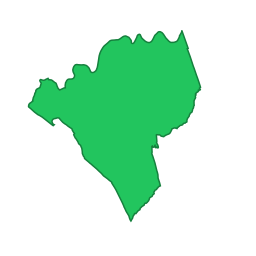 outline of Lacusteni, Vâlcea, Romania, rotated 249°
{"feature_id": "2599482B8847847737494", "entity_name": "Lacusteni", "entity_type": "district", "adm_level": 2, "iso_a3": "ROU", "parent_name": "Romania", "parent_adm1": "Vâlcea", "projection": "robinson", "projection_center": [23.871, 44.712], "detail": "fine", "context": "isolated", "style": "filled", "palette": "green", "viewbox_px": 256, "rotation_deg": 249, "n_neighbors": 0, "source": "geoboundaries", "source_scale": "gbopen_adm2", "svg_char_len": 5808}
<svg xmlns="http://www.w3.org/2000/svg" viewBox="0 0 256 256"><g transform="rotate(249 128 128)"><path d="M215.0,155.8L213.9,151.6L213.9,151.1L214.0,150.7L213.9,150.5L214.0,150.1L214.3,149.3L215.1,146.4L215.7,144.5L215.9,143.5L215.8,142.2L215.2,140.8L214.5,139.1L213.3,135.6L212.8,134.5L212.0,133.3L210.7,131.6L209.7,130.4L208.4,129.1L207.1,128.0L205.6,126.9L201.2,124.4L196.6,121.7L195.4,120.9L193.5,119.2L193.1,118.7L192.5,117.3L192.3,116.3L192.3,115.6L192.4,115.0L192.6,114.5L192.9,114.0L193.3,113.6L194.2,113.3L196.7,113.2L198.0,113.1L199.0,112.7L200.0,112.3L200.7,111.9L201.4,111.4L202.1,110.5L202.9,109.3L203.6,107.0L205.0,104.0L205.5,103.2L205.7,102.6L205.8,101.6L205.7,101.0L205.3,100.3L204.7,99.4L203.9,98.6L202.4,97.5L201.6,97.2L200.0,96.9L196.9,97.1L196.0,96.9L194.8,96.1L194.3,95.5L193.9,94.6L193.8,93.7L194.0,92.7L194.8,90.4L194.9,89.6L194.8,89.0L194.5,88.3L194.0,87.5L193.2,86.7L192.7,86.0L190.5,84.7L189.1,84.2L188.0,83.9L188.3,82.6L188.2,81.3L188.0,78.5L188.1,77.7L189.2,77.3L190.1,76.9L191.4,76.9L192.0,76.8L194.8,76.9L195.6,76.8L195.9,76.7L196.9,75.8L198.3,75.1L198.6,74.7L199.1,74.6L200.2,73.8L201.3,71.8L201.4,71.4L202.3,71.3L202.5,71.1L203.0,71.1L202.8,68.2L202.7,68.0L202.6,67.3L202.8,66.3L203.1,65.7L203.5,65.1L204.5,63.9L204.5,63.4L204.0,62.8L203.7,62.6L202.3,62.7L201.4,63.0L200.6,62.8L197.6,60.5L197.3,60.2L197.2,59.3L197.2,58.7L196.9,56.7L196.6,56.1L196.0,55.4L194.8,54.8L194.5,54.3L193.4,53.2L192.4,52.6L191.4,51.7L190.3,50.5L188.3,49.2L188.1,48.9L187.3,48.9L186.6,46.7L186.2,44.9L185.6,44.1L184.9,43.4L184.5,43.4L183.9,42.9L183.3,42.8L180.8,44.2L176.4,46.4L172.8,48.6L171.3,50.0L168.8,51.9L157.7,58.5L157.0,59.0L157.5,60.3L158.1,59.7L158.4,59.5L159.5,59.3L160.7,59.3L161.4,59.4L161.8,59.6L162.5,60.2L162.8,60.8L163.2,61.7L163.1,62.7L162.9,63.8L162.8,65.7L162.5,66.3L162.0,67.2L159.9,67.9L156.8,69.1L154.8,70.3L153.0,71.7L151.6,72.4L149.8,73.6L149.1,74.1L148.4,74.6L148.2,74.8L147.1,75.4L146.0,75.2L143.5,75.6L142.8,75.8L142.1,76.1L141.7,75.5L141.2,74.9L137.5,75.2L137.3,75.4L137.0,75.5L133.1,76.3L131.5,76.3L130.8,76.4L128.8,77.5L127.9,77.5L127.0,77.5L125.6,77.6L122.9,77.0L120.3,76.2L119.6,76.3L117.7,76.3L116.6,76.7L115.9,76.7L115.0,76.5L110.7,78.9L108.5,80.0L107.6,80.6L105.6,81.6L101.0,84.1L98.4,85.3L95.2,86.9L92.1,88.0L88.1,90.6L85.6,91.9L84.3,92.8L83.1,93.4L82.8,93.2L82.0,93.2L77.0,94.2L74.5,94.6L60.4,95.9L56.5,96.1L55.8,96.0L54.4,96.2L50.8,96.4L46.4,97.2L45.4,97.3L44.3,97.2L43.2,97.1L41.5,97.1L40.1,97.4L40.3,97.7L41.0,98.4L42.1,99.9L43.9,101.2L44.4,102.1L45.7,103.4L45.8,103.8L45.3,104.4L45.2,104.6L45.3,104.8L45.6,105.2L47.2,108.0L47.3,108.5L47.4,109.7L47.5,109.9L47.6,110.0L48.6,110.5L49.2,111.8L49.3,112.2L49.7,112.7L49.7,113.1L49.9,113.6L49.9,114.1L50.2,115.4L50.9,115.9L51.6,116.8L51.6,117.2L51.3,117.8L51.3,118.0L51.3,118.3L51.5,118.7L51.6,119.1L52.1,120.0L52.4,120.4L52.5,120.9L52.8,121.3L53.8,122.2L54.0,122.5L54.5,122.7L55.0,123.2L55.3,124.1L55.4,124.9L55.4,125.4L55.5,125.9L56.0,126.5L56.6,127.0L56.9,127.5L57.0,128.3L57.2,128.7L57.6,129.0L57.8,129.0L58.3,128.9L59.1,129.4L59.3,129.7L59.3,129.9L59.5,130.2L60.0,130.6L60.3,131.0L60.3,131.3L60.3,132.2L60.4,132.4L60.5,132.8L61.2,133.4L61.3,134.1L61.9,134.8L62.0,135.4L62.4,136.2L62.4,136.6L62.3,136.8L62.4,137.5L65.9,137.9L70.4,138.1L73.7,139.2L76.0,139.5L77.8,139.6L85.6,140.6L92.7,141.0L95.6,141.0L96.3,141.6L96.5,141.6L97.3,142.0L98.3,142.3L102.3,143.7L102.4,144.3L101.4,144.4L101.0,144.6L101.0,145.1L100.8,145.6L100.9,145.9L101.0,146.1L101.5,146.5L102.1,146.8L102.2,147.0L101.1,147.1L100.7,147.0L100.1,146.8L99.7,146.8L99.5,147.1L99.5,147.3L99.6,147.5L99.8,148.0L99.5,148.5L98.7,148.7L98.7,149.0L98.9,149.3L99.5,149.4L99.8,149.6L101.7,149.7L102.6,149.5L104.5,149.5L104.6,149.8L105.0,150.1L111.4,152.0L111.5,152.3L111.0,153.4L110.7,153.9L110.5,154.6L110.3,155.1L109.9,155.4L109.2,155.6L108.9,155.8L108.3,156.4L107.2,158.0L107.1,158.3L107.4,158.9L107.7,160.7L107.8,161.6L107.8,164.0L108.0,165.0L108.2,165.3L108.6,165.9L110.3,167.8L111.5,168.8L111.4,169.2L111.5,170.4L111.3,171.9L110.2,173.1L110.0,173.6L110.3,173.6L110.7,174.1L110.7,174.4L110.7,175.0L111.1,175.7L111.2,176.4L111.7,177.5L111.4,179.6L111.5,179.9L111.5,180.2L112.1,180.9L112.3,181.5L112.4,182.1L112.2,182.8L112.1,183.1L112.5,183.9L112.5,185.0L112.9,185.3L114.4,185.9L115.7,187.1L116.9,189.0L117.1,189.3L117.5,189.6L118.1,189.9L118.4,190.2L118.7,190.8L119.2,191.1L119.4,191.3L119.6,191.7L119.7,192.9L119.9,193.3L120.4,193.8L120.9,194.1L121.5,194.6L122.4,195.1L123.3,196.3L124.8,197.1L125.2,197.7L125.6,198.0L126.6,198.2L129.7,199.4L131.2,200.9L131.9,201.8L132.5,202.1L133.0,202.1L133.7,202.3L134.0,202.6L134.2,203.0L134.6,203.3L134.9,203.4L135.2,203.1L135.5,203.1L135.9,203.5L136.1,204.2L136.6,204.7L136.5,205.2L136.7,205.5L136.7,206.1L136.8,206.4L137.2,206.7L137.2,207.0L138.0,207.2L138.2,207.3L138.1,207.8L137.6,208.6L137.7,208.8L138.0,209.3L139.2,209.0L139.6,209.0L140.0,210.3L144.7,210.6L150.4,210.8L152.3,210.8L159.8,211.1L162.4,211.1L172.3,211.6L180.8,211.7L180.8,212.7L199.9,213.2L198.8,212.7L198.1,212.2L195.5,209.0L194.6,208.6L192.6,206.4L192.0,205.7L191.6,204.9L191.4,204.2L191.4,203.0L191.5,201.5L191.9,200.6L192.0,200.0L192.3,199.4L192.4,198.9L192.7,198.4L194.2,197.4L194.9,197.0L196.0,196.6L198.5,195.6L202.8,194.7L204.4,194.1L205.0,193.8L206.3,192.6L206.7,191.7L206.8,190.9L206.6,190.1L206.0,189.0L205.0,186.5L204.4,185.7L202.5,183.7L200.9,181.8L200.4,180.9L200.1,179.8L200.1,178.6L200.7,177.3L201.6,176.2L203.0,175.1L204.0,174.6L205.1,174.0L207.1,173.1L209.0,172.9L210.4,172.9L210.9,172.7L211.3,172.4L211.5,171.6L211.3,170.4L210.6,169.5L209.5,168.7L207.1,166.1L205.6,164.4L205.4,164.0L205.1,163.2L205.2,162.7L205.5,162.2L205.8,161.9L206.4,161.7L206.9,161.8L207.8,162.2L208.6,162.3L209.3,162.2L212.3,161.3L214.1,159.5L214.7,158.9L215.1,157.4L215.1,156.6L215.0,155.8Z" fill="#22c55e" stroke="#15803d" stroke-width="1.5"/></g></svg>